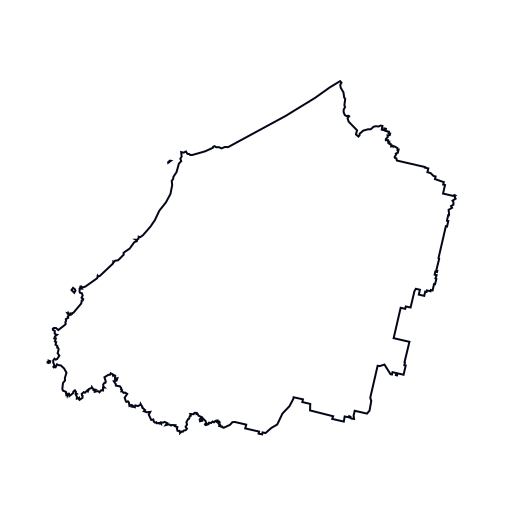 Manjimup, Western Australia, Australia, rotated 103°
{"feature_id": "25037944B58524535883846", "entity_name": "Manjimup", "entity_type": "district", "adm_level": 2, "iso_a3": "AUS", "parent_name": "Australia", "parent_adm1": "Western Australia", "projection": "mercator", "projection_center": [116.36, -34.598], "detail": "fine", "context": "isolated", "style": "outline", "palette": "ink", "viewbox_px": 512, "rotation_deg": 103, "n_neighbors": 0, "source": "geoboundaries", "source_scale": "gbopen_adm2", "svg_char_len": 6088}
<svg xmlns="http://www.w3.org/2000/svg" viewBox="0 0 512 512"><g transform="rotate(103 256 256)"><path d="M326.2,86.9L326.0,87.4L305.1,87.2L305.1,103.4L273.9,103.4L273.9,98.7L271.5,98.7L271.4,93.8L254.6,93.7L252.0,92.9L252.0,88.7L257.0,88.7L257.0,83.1L252.6,83.1L252.6,81.7L251.1,81.7L251.1,78.0L249.8,78.0L249.8,76.2L243.3,76.2L243.3,75.2L237.8,75.1L237.5,76.1L234.0,75.7L234.0,77.7L230.9,77.8L230.9,76.0L229.7,76.0L229.7,77.1L217.5,76.9L217.1,77.7L184.3,77.7L184.3,76.5L178.7,76.5L178.7,77.9L173.0,77.9L173.0,77.2L172.0,77.2L167.7,78.7L164.9,75.8L163.5,77.2L161.6,75.2L159.2,75.7L157.9,77.0L155.3,74.4L153.5,75.9L152.3,75.2L152.0,76.4L153.1,77.6L153.1,87.8L144.3,87.8L144.3,89.7L141.8,89.6L140.8,98.9L138.1,98.9L138.1,101.0L135.9,104.6L135.8,107.8L131.9,107.8L131.9,111.3L131.3,111.3L131.3,140.2L129.3,141.2L129.3,142.4L128.4,143.2L125.6,142.3L124.8,142.8L123.4,141.0L120.5,141.0L121.0,141.9L119.1,142.4L118.2,145.1L118.0,147.0L118.5,147.1L117.8,147.9L118.8,148.9L116.7,149.8L116.8,151.0L116.1,151.0L116.0,152.4L114.6,152.1L114.8,153.0L113.4,153.5L114.0,155.5L112.9,155.8L110.4,154.4L108.8,155.0L108.2,152.9L106.4,152.9L106.4,154.5L105.0,154.5L105.0,157.9L102.8,158.0L102.8,159.7L104.6,159.7L104.6,161.9L100.8,162.1L100.9,163.9L102.3,165.8L102.5,168.2L103.6,170.5L106.7,172.7L107.4,175.5L109.7,179.7L113.5,182.5L115.3,182.3L116.6,183.1L115.0,186.0L110.8,185.8L104.3,195.9L101.2,197.8L98.9,196.7L98.6,197.5L99.3,199.3L98.7,201.2L96.1,203.0L93.6,203.5L90.8,202.7L89.3,203.8L82.9,204.4L81.8,205.7L76.9,207.6L73.0,211.3L70.2,212.4L67.9,211.7L66.7,213.4L75.3,222.2L88.7,234.1L112.9,258.7L156.2,307.7L156.7,310.6L158.9,313.9L158.3,316.5L159.0,319.3L158.3,321.1L159.2,322.3L160.3,322.4L165.5,329.2L171.8,340.6L172.4,342.8L171.7,343.9L171.9,345.8L169.9,347.8L171.6,349.8L171.6,352.3L175.8,350.8L178.2,351.6L180.4,350.2L183.3,351.9L192.1,352.3L197.2,354.2L199.7,354.1L201.8,355.0L205.8,353.6L214.8,353.3L224.2,355.9L233.6,360.4L243.8,362.6L251.2,365.5L261.3,370.9L263.6,373.0L263.6,374.7L265.6,374.4L266.9,375.5L267.2,376.8L267.6,375.6L268.3,375.4L270.1,377.8L277.1,380.7L282.0,385.2L282.9,385.8L284.4,385.2L289.5,388.3L291.3,389.6L292.3,392.3L293.9,393.1L293.6,393.8L295.4,393.6L310.6,403.7L311.4,404.9L310.8,405.8L313.3,405.7L324.2,415.4L325.8,418.1L324.9,419.3L325.2,420.2L326.2,420.2L327.1,418.7L327.6,420.5L330.5,419.9L331.4,419.2L331.5,417.3L333.5,416.0L335.9,416.6L336.8,414.7L338.3,414.9L338.5,415.8L341.6,415.6L352.3,421.1L353.2,422.5L353.7,422.4L353.7,423.7L355.0,423.4L355.2,424.8L353.7,426.2L354.4,426.3L354.2,426.5L354.2,426.8L356.0,424.9L357.3,425.8L358.5,425.1L360.3,427.1L361.7,426.5L363.4,426.9L364.9,426.1L366.4,426.9L372.6,432.0L371.2,434.6L371.6,436.8L372.6,437.6L373.6,437.3L374.4,435.1L376.7,434.8L377.7,433.2L377.6,432.3L379.6,433.8L381.6,434.0L381.4,432.5L384.5,432.7L384.9,431.3L387.5,431.4L388.3,429.4L389.9,429.1L389.9,428.3L391.3,427.3L395.3,427.4L397.4,425.2L401.1,426.6L402.0,427.8L401.4,429.2L403.5,430.1L405.6,429.5L407.9,427.8L409.6,428.5L410.0,427.9L409.3,427.3L409.5,426.3L406.3,425.5L406.8,424.0L406.5,421.6L408.8,417.6L412.4,414.4L417.8,414.8L420.2,414.1L423.2,415.5L429.1,414.8L430.6,413.8L431.1,410.7L434.0,409.6L433.2,408.8L434.2,408.4L432.4,408.1L432.2,407.3L434.4,406.3L430.8,403.4L429.0,403.4L427.6,402.2L428.9,400.9L430.2,400.9L430.7,399.5L431.6,400.4L433.5,398.8L435.2,398.5L434.5,397.6L435.2,396.6L434.3,396.3L435.7,395.5L433.3,393.2L431.2,393.5L431.0,394.2L429.6,394.8L427.4,393.2L427.7,391.9L424.8,390.1L425.6,389.3L423.1,388.8L421.5,386.4L420.7,386.4L422.4,384.6L422.4,382.7L423.3,383.7L423.6,382.8L424.6,382.6L423.4,380.3L423.3,378.8L424.0,377.9L421.5,376.5L421.4,374.8L418.7,375.5L418.3,374.0L417.5,375.4L415.6,376.0L413.7,375.2L413.4,374.2L412.2,374.1L408.2,376.4L405.0,373.1L404.5,371.5L403.0,371.2L403.4,369.2L404.8,368.3L404.0,367.8L404.3,366.3L407.4,365.8L406.3,363.6L408.8,363.8L410.0,366.4L412.4,363.8L413.8,363.4L413.6,359.2L415.2,357.5L416.2,357.5L416.7,356.4L418.2,356.7L418.1,355.7L419.2,354.2L418.5,352.9L419.3,350.5L423.7,352.1L427.0,350.0L427.3,349.3L426.4,348.1L427.3,346.9L430.5,345.6L429.2,344.1L429.3,343.3L430.7,343.4L430.7,341.7L429.9,341.4L430.5,340.0L428.7,339.9L428.8,337.3L427.0,335.2L426.1,335.2L428.8,332.6L429.4,332.7L431.0,329.5L432.5,330.3L432.8,327.0L431.7,324.0L434.7,324.8L439.3,321.2L438.4,319.3L440.4,318.3L441.1,316.9L440.4,315.8L441.3,315.0L440.6,313.2L441.0,312.6L440.2,312.0L440.9,310.7L439.5,311.1L439.3,309.2L438.2,307.5L438.8,304.9L441.1,305.9L439.6,302.8L440.3,300.7L439.6,300.0L439.0,296.5L440.1,296.7L440.4,294.1L442.1,294.2L444.0,293.1L443.6,291.3L444.4,290.9L444.2,290.1L445.3,290.0L443.7,288.9L443.7,287.8L442.4,287.2L441.5,285.3L439.8,284.4L438.3,286.2L435.7,285.3L433.7,286.4L430.2,285.5L429.6,284.6L426.9,284.5L426.3,283.6L424.7,284.5L424.2,281.2L422.7,280.7L422.2,278.6L423.4,278.4L423.0,277.4L424.5,276.1L425.2,272.7L428.0,274.1L429.6,273.3L428.6,271.3L427.0,271.9L426.2,271.2L428.2,268.0L430.3,266.8L431.4,267.9L432.1,267.1L431.4,265.7L430.4,265.3L430.5,264.4L429.0,264.3L428.8,262.2L427.0,261.0L427.5,259.6L425.7,258.3L425.4,257.7L426.2,257.2L425.0,256.3L426.0,255.7L425.6,254.5L426.2,254.1L427.1,255.4L428.9,253.5L429.9,253.6L429.8,252.7L429.0,252.6L430.2,251.6L429.8,250.5L430.5,250.0L430.6,248.8L426.3,243.3L423.2,241.6L422.5,239.3L422.5,227.6L426.4,227.7L426.4,213.5L428.5,213.5L428.4,209.9L426.4,209.9L426.4,206.9L420.1,202.4L415.4,197.4L403.6,194.8L394.8,189.6L386.9,187.5L385.2,187.6L385.1,178.0L387.9,178.0L387.9,169.9L394.3,168.6L394.8,144.8L397.6,145.1L397.6,133.2L392.4,133.5L392.3,129.3L391.1,129.2L391.5,127.7L392.5,127.7L392.9,126.5L392.7,123.8L389.5,125.0L384.6,125.0L384.6,112.4L381.1,110.6L371.2,111.1L368.7,112.7L367.0,112.8L335.6,112.8L335.4,110.6L332.9,106.4L340.9,98.4L340.9,96.9L338.5,96.9L338.5,92.9L340.6,92.9L340.6,91.7L338.5,91.7L338.5,85.5L329.0,85.5L329.0,86.9L326.2,86.9ZM328.2,427.1L330.7,428.1L332.7,424.8L330.4,424.1L329.2,424.9L328.2,427.1ZM407.0,434.3L406.3,432.9L404.8,432.8L404.6,434.5L406.0,434.1L406.1,435.2L406.8,435.1L407.0,434.3ZM182.5,361.4L184.4,362.7L184.9,362.5L182.4,360.4L182.5,361.4Z" fill="none" stroke="#020617" stroke-width="2"/></g></svg>